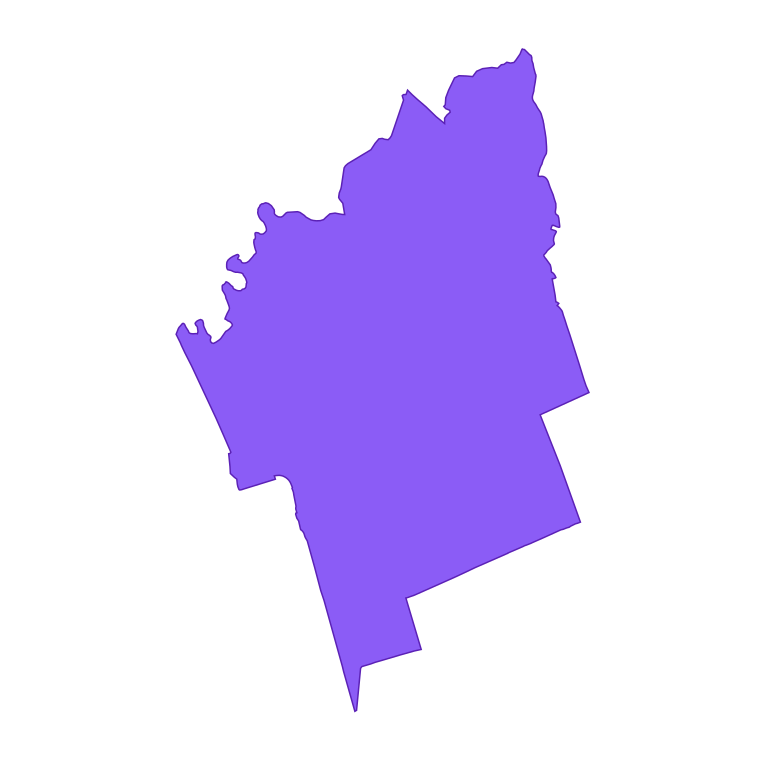 Darmanesti, Dâmbovita, Romania, rotated 86°
{"feature_id": "2599482B65798609307970", "entity_name": "Darmanesti", "entity_type": "district", "adm_level": 2, "iso_a3": "ROU", "parent_name": "Romania", "parent_adm1": "Dâmbovita", "projection": "equal_earth", "projection_center": [25.758, 44.92], "detail": "fine", "context": "isolated", "style": "filled", "palette": "violet", "viewbox_px": 768, "rotation_deg": 86, "n_neighbors": 0, "source": "geoboundaries", "source_scale": "gbopen_adm2", "svg_char_len": 6106}
<svg xmlns="http://www.w3.org/2000/svg" viewBox="0 0 768 768"><g transform="rotate(86 384 384)"><path d="M708.5,435.9L707.8,434.5L707.7,434.6L707.4,434.1L666.0,427.2L665.0,426.4L664.3,425.7L662.3,416.6L661.0,412.1L659.6,405.5L655.6,387.6L652.4,372.2L651.4,365.4L599.0,377.1L598.8,375.8L596.7,368.2L581.0,325.1L573.4,305.6L561.7,272.9L561.6,272.3L561.2,272.1L561.1,271.7L555.5,255.8L555.2,255.4L554.9,254.4L554.9,254.1L554.3,252.1L553.2,248.6L552.7,247.4L548.2,234.9L541.8,217.7L541.7,217.0L541.6,216.3L541.4,215.2L540.3,211.8L539.8,209.3L538.8,207.6L536.8,202.7L536.4,200.6L535.5,197.7L477.8,213.9L425.6,230.4L406.8,180.1L399.8,182.6L393.4,184.3L378.3,187.8L348.2,195.1L339.1,197.5L332.4,199.1L327.9,200.3L324.5,201.0L323.6,201.3L322.7,201.8L320.1,203.6L318.5,205.0L317.9,205.8L315.8,204.0L314.8,205.2L314.1,206.4L314.0,206.8L307.4,207.1L290.8,208.9L290.6,208.2L290.8,207.7L290.6,206.9L290.3,206.0L290.1,205.1L290.4,204.9L288.3,205.6L286.5,206.5L284.6,208.1L284.3,209.0L282.8,209.3L281.8,209.2L279.8,209.3L276.8,209.8L270.3,213.8L269.8,214.3L267.4,215.6L266.6,215.6L266.0,215.2L265.5,214.5L264.0,213.0L262.4,211.8L260.0,208.8L258.5,206.7L257.6,205.7L257.1,205.0L256.4,204.4L256.1,204.3L252.8,204.9L251.1,204.7L249.7,204.4L247.9,203.7L244.7,201.7L243.9,201.5L243.2,202.1L242.8,202.9L242.3,204.3L241.7,205.5L241.6,206.2L241.3,206.6L240.6,206.6L238.2,205.5L237.5,205.1L237.4,204.3L237.6,204.1L237.8,203.3L239.0,201.0L239.9,198.7L239.8,197.9L239.1,197.7L238.3,197.7L230.6,198.1L228.5,198.6L228.1,198.8L226.8,200.4L226.1,200.8L225.3,201.0L224.3,201.1L220.0,200.2L216.1,200.0L210.8,201.3L207.0,202.1L199.5,204.6L193.3,206.2L191.4,207.1L190.4,207.7L189.3,208.7L188.6,209.7L188.1,210.7L187.8,212.0L187.8,213.2L187.9,213.8L187.7,214.4L187.6,215.3L187.2,215.7L185.8,215.6L184.6,215.3L181.7,214.1L179.8,213.5L177.1,212.1L175.8,211.2L171.9,209.8L168.0,207.7L166.4,206.6L165.4,206.0L162.7,205.5L158.5,205.3L149.8,205.3L143.4,205.8L139.9,206.2L135.6,206.5L134.6,206.7L132.4,206.9L125.4,208.4L123.4,209.2L119.2,211.6L115.8,213.1L112.6,215.1L111.1,215.7L109.8,216.0L108.4,216.0L107.6,215.9L105.8,215.4L105.1,215.1L102.2,214.1L99.3,213.6L93.4,212.1L87.6,210.9L85.9,211.0L85.1,211.4L78.9,212.6L74.8,213.0L73.1,213.5L71.5,213.9L68.6,213.8L67.0,214.2L66.5,214.5L66.0,215.2L65.6,215.8L60.2,220.5L60.0,221.0L59.9,222.1L59.5,222.4L59.7,223.0L64.4,225.3L69.8,229.6L72.3,231.9L72.7,235.4L71.6,239.0L73.5,242.0L73.7,244.7L76.9,248.6L75.8,254.3L76.3,263.7L78.5,269.8L83.5,274.1L82.5,280.4L81.7,287.7L83.6,292.3L95.5,299.1L102.7,302.4L109.7,303.4L111.3,305.0L113.7,303.1L115.5,299.4L117.5,299.0L120.1,302.5L123.1,305.0L128.4,305.4L121.0,313.3L110.4,322.8L102.5,330.8L97.5,335.6L92.5,340.0L96.7,341.8L96.7,344.5L97.7,345.7L102.2,344.7L136.8,359.2L138.9,360.8L140.6,362.8L139.9,366.3L138.9,368.6L139.1,372.0L143.2,376.0L149.4,380.7L161.6,404.6L163.6,407.2L165.6,408.7L184.2,412.8L186.3,413.4L190.3,415.3L193.5,416.0L194.9,416.2L196.7,415.4L200.8,412.5L212.2,411.4L211.9,414.0L210.1,420.9L210.5,426.1L213.6,430.2L215.8,432.8L216.6,436.2L216.5,440.0L215.9,443.2L215.2,445.4L212.2,450.0L210.2,451.8L207.0,455.8L206.1,458.1L206.0,468.4L206.5,469.7L209.7,473.4L210.3,475.1L209.9,477.8L208.4,479.9L207.2,481.1L206.0,481.5L204.3,481.3L202.5,481.4L198.3,483.9L195.9,486.7L195.0,489.3L195.3,490.8L195.7,491.6L195.8,493.4L197.0,495.2L198.3,495.7L199.7,496.9L201.2,497.6L202.3,497.6L204.2,498.0L205.9,497.8L208.8,496.9L211.1,495.7L212.7,494.3L213.4,493.3L214.8,492.4L218.0,491.1L220.2,490.6L222.0,490.5L223.1,490.8L224.4,492.0L225.3,493.1L225.9,494.2L226.0,495.4L225.9,496.7L225.5,497.5L224.6,498.5L224.2,499.9L224.0,501.2L224.4,502.0L225.0,502.2L226.5,502.2L228.0,502.0L230.0,502.3L230.4,502.5L230.6,503.1L231.0,503.6L233.6,504.0L235.2,503.9L238.7,503.4L241.4,502.8L242.9,502.3L244.2,502.4L244.9,502.8L245.8,504.3L248.2,506.3L252.0,510.2L253.2,512.2L253.6,514.0L253.5,516.0L253.0,517.3L250.8,518.3L250.0,519.2L249.3,520.9L249.0,521.2L248.1,521.0L246.9,520.1L246.2,519.8L245.7,519.9L244.9,520.4L244.6,521.2L244.8,522.1L246.2,525.9L247.3,527.9L248.2,529.3L249.6,531.0L251.5,532.2L253.5,532.6L256.3,532.8L258.1,532.5L259.1,531.9L260.1,528.6L261.4,526.3L262.2,524.2L262.3,522.3L263.2,518.7L263.7,517.8L264.4,517.0L265.3,516.8L268.3,515.0L269.6,514.5L272.1,513.9L273.5,513.8L274.1,514.3L277.5,514.9L278.7,515.7L279.4,517.0L279.6,518.7L280.4,519.5L280.9,520.3L280.9,522.4L280.3,524.5L278.7,527.2L277.8,527.8L276.4,528.1L275.9,528.6L275.3,529.5L272.6,531.8L271.5,533.3L271.1,534.1L271.3,534.8L271.8,534.8L273.7,536.9L274.0,538.0L274.9,538.6L277.5,538.7L279.1,538.7L282.8,536.8L284.5,536.1L285.3,535.9L287.9,535.6L288.9,535.1L294.0,533.6L296.3,533.0L297.8,532.9L299.3,533.4L303.0,535.7L307.3,537.9L308.0,538.1L308.4,537.8L308.4,537.2L310.0,535.5L310.9,533.7L311.7,532.7L313.0,531.7L314.5,531.1L315.5,531.6L318.0,534.0L319.6,536.3L320.5,538.2L327.2,543.6L328.3,544.9L330.4,548.4L331.6,551.2L331.1,552.9L330.4,553.3L329.9,554.0L327.8,554.2L325.5,553.4L324.4,553.6L323.0,555.0L322.2,556.1L320.9,557.1L315.0,559.4L313.1,559.9L310.7,559.9L308.4,560.4L307.6,561.0L306.9,562.5L307.3,564.1L308.1,566.0L309.5,567.7L310.4,568.2L312.0,567.7L313.2,566.7L314.2,566.2L318.6,565.9L320.9,566.6L320.6,567.9L320.6,571.1L320.2,573.4L319.5,574.6L318.8,575.1L317.6,575.4L313.4,577.7L310.5,578.8L309.6,579.7L309.6,580.8L310.4,581.7L311.4,582.6L313.2,584.5L314.4,585.3L319.9,587.9L328.9,584.2L331.1,583.5L339.1,580.4L352.5,574.7L406.5,553.9L423.8,547.7L441.4,541.5L442.5,542.4L442.7,543.8L455.6,543.4L462.6,543.5L466.6,539.8L468.6,537.5L473.9,537.3L476.5,536.9L479.2,536.0L479.7,535.3L479.5,533.3L479.0,531.5L471.4,499.0L468.0,499.8L467.8,498.0L467.8,495.6L467.9,494.2L468.3,492.6L468.7,491.4L469.6,489.8L470.6,488.3L471.8,487.0L473.3,485.7L474.8,484.8L476.3,484.1L480.5,482.7L480.9,482.6L481.6,483.1L484.2,482.3L485.8,481.9L488.4,481.7L499.7,480.3L501.7,480.7L502.8,480.7L506.4,479.9L506.7,481.0L507.8,481.2L511.8,480.3L514.7,478.7L523.1,477.4L523.6,477.2L524.2,476.4L525.2,475.5L526.9,474.5L527.8,474.2L530.8,473.5L532.3,472.9L535.1,471.5L562.5,465.9L585.7,461.5L595.8,458.9L662.9,445.2L668.3,444.3L708.5,435.9Z" fill="#8b5cf6" stroke="#5b21b6" stroke-width="1.5"/></g></svg>